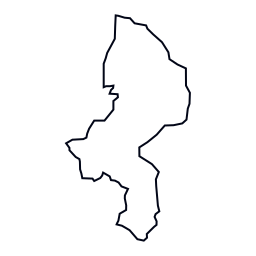 Tessaoua, Maradi, Niger
{"feature_id": "23599985B9962986153255", "entity_name": "Tessaoua", "entity_type": "district", "adm_level": 2, "iso_a3": "NER", "parent_name": "Niger", "parent_adm1": "Maradi", "projection": "robinson", "projection_center": [8.153, 13.835], "detail": "fine", "context": "isolated", "style": "outline", "palette": "ink", "viewbox_px": 256, "rotation_deg": 0, "n_neighbors": 0, "source": "geoboundaries", "source_scale": "gbopen_adm2", "svg_char_len": 1255}
<svg xmlns="http://www.w3.org/2000/svg" viewBox="0 0 256 256"><path d="M81.4,173.6L82.3,178.2L92.5,178.6L94.2,181.0L100.3,178.0L102.2,175.5L103.1,172.6L109.7,176.4L111.0,180.1L114.9,180.6L118.6,182.5L121.5,186.4L128.0,188.9L124.9,195.4L124.8,198.4L126.2,205.4L126.1,210.0L119.7,213.7L118.4,220.7L117.1,223.2L116.6,224.4L121.9,225.7L125.9,228.0L129.6,230.2L137.4,239.2L143.8,240.6L147.0,237.7L146.8,234.0L154.1,226.8L156.5,224.9L156.6,221.3L154.6,216.9L155.6,214.1L159.3,211.3L157.9,205.6L156.2,185.9L155.9,179.3L158.8,172.0L152.0,164.2L151.1,163.6L150.5,163.2L139.4,156.2L139.3,147.4L147.4,142.2L156.7,134.7L164.8,125.5L173.6,125.2L182.3,123.4L186.5,119.6L187.8,108.6L189.5,103.8L189.9,92.8L186.0,85.6L185.9,68.4L177.5,64.5L169.5,59.2L168.4,52.3L162.0,42.2L153.1,34.3L147.4,28.7L146.1,25.4L134.6,23.3L130.0,18.2L124.7,17.7L118.3,15.8L115.7,15.4L115.2,26.1L114.8,38.8L110.4,47.0L107.2,52.9L105.7,58.3L103.7,63.7L103.7,87.2L106.1,86.2L110.0,86.2L113.4,85.6L113.1,88.0L111.0,90.0L109.6,93.7L117.6,94.2L117.9,97.3L113.4,101.0L113.4,109.6L104.5,120.6L94.2,120.6L89.1,128.7L87.2,133.6L86.4,137.6L83.3,139.1L72.4,139.7L66.1,143.3L69.4,147.8L69.5,150.3L75.7,157.0L79.4,159.1L79.9,161.6L80.1,169.4L81.4,173.6Z" fill="none" stroke="#020617" stroke-width="2"/></svg>